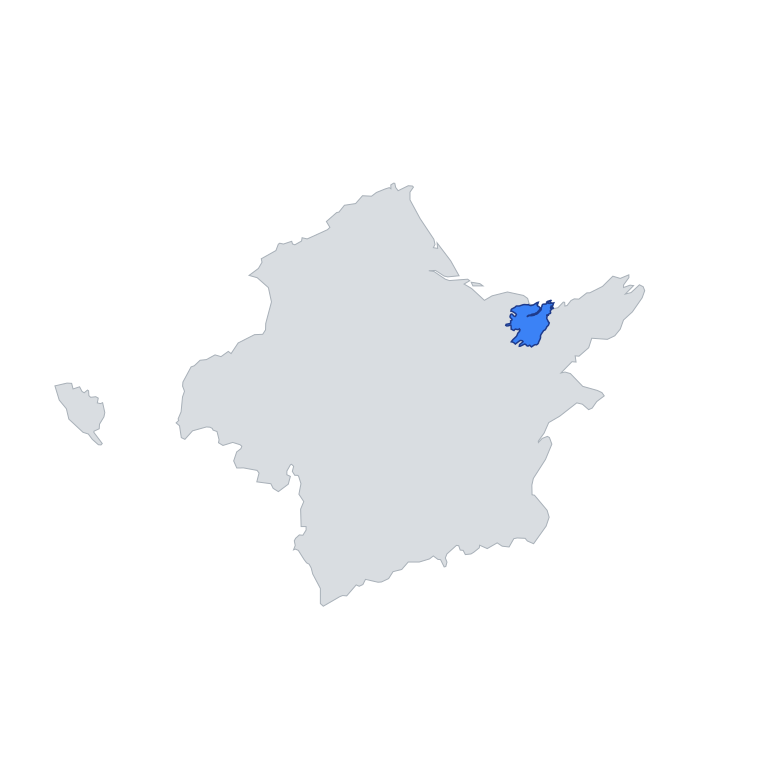 Loire-Atlantique on a map of France (Natural Earth projection), rotated 138°
{"feature_id": "FRA-5316", "entity_name": "Loire-Atlantique", "entity_type": "Metropolitan department", "adm_level": 1, "iso_a3": "FRA", "parent_name": "France", "parent_adm1": "", "projection": "natural_earth1", "projection_center": [-1.707, 47.343], "detail": "fine", "context": "in_parent", "style": "filled", "palette": "blue", "viewbox_px": 768, "rotation_deg": 138, "n_neighbors": 0, "source": "natural_earth", "source_scale": "10m", "svg_char_len": 7315}
<svg xmlns="http://www.w3.org/2000/svg" viewBox="0 0 768 768"><g transform="rotate(138 384 384)"><path d="M562.2,321.3L558.0,323.4L555.6,327.5L552.9,328.5L547.9,328.5L545.5,325.9L539.6,327.6L537.3,330.2L541.0,333.5L529.7,346.8L522.3,350.3L521.0,359.0L512.4,365.5L509.3,372.3L509.1,373.7L511.4,375.9L510.6,380.4L506.2,383.3L506.4,386.2L507.6,386.6L514.4,384.3L516.9,381.6L515.4,378.0L522.2,373.6L534.5,374.7L536.2,380.6L534.8,385.6L544.0,396.4L536.5,401.4L536.1,404.7L544.5,415.6L549.6,420.1L547.2,427.4L538.9,432.1L533.6,431.7L531.3,432.9L531.6,435.2L535.5,441.8L544.8,446.1L546.3,451.1L543.9,452.9L539.9,460.4L541.9,464.2L541.3,465.8L542.3,468.4L544.7,470.9L557.6,477.3L569.0,476.1L570.5,479.8L563.9,489.8L564.5,494.2L560.9,494.3L560.4,495.8L553.4,499.1L542.4,509.2L537.1,512.1L535.1,517.2L532.1,520.0L515.9,525.8L512.8,524.5L504.8,524.7L499.7,521.0L490.1,518.7L486.8,513.4L477.9,512.4L477.3,508.9L464.9,512.1L447.2,507.3L440.9,502.1L435.8,503.5L431.4,508.1L412.7,520.3L405.4,533.0L407.1,547.8L411.6,555.0L400.0,553.9L393.2,556.1L391.4,559.2L375.0,555.5L369.0,558.6L367.3,558.4L365.1,555.3L357.1,551.8L358.3,549.3L357.1,547.1L349.6,545.4L347.0,547.5L344.0,543.2L322.8,536.5L319.4,536.6L318.1,543.3L304.5,543.1L302.5,541.9L293.8,543.3L284.4,537.1L274.0,538.3L267.6,531.9L261.5,531.4L252.7,528.2L248.7,526.4L248.2,524.5L245.7,527.4L242.4,526.8L241.7,525.9L243.8,522.3L244.2,518.2L233.3,515.1L230.4,512.1L230.4,510.6L236.3,509.2L241.5,503.4L246.5,482.7L250.1,458.2L252.7,453.6L256.1,452.3L253.4,448.9L250.1,453.4L252.0,430.9L255.8,414.2L265.0,421.0L267.1,424.0L269.8,434.0L274.9,438.2L271.6,434.2L268.3,420.8L266.2,417.1L251.7,405.9L251.2,403.4L257.6,404.7L255.0,396.4L253.4,379.0L244.7,377.2L230.7,369.8L221.1,356.5L220.0,351.5L222.5,346.3L220.3,342.9L216.2,340.6L219.4,336.1L222.2,335.7L232.3,338.2L224.1,334.0L210.7,335.4L205.4,333.9L204.5,330.8L208.1,326.8L203.7,324.3L196.0,324.9L195.1,323.8L197.4,320.9L195.5,319.8L189.2,320.9L185.7,320.0L182.4,316.7L172.3,316.0L170.1,314.1L156.3,310.3L141.8,311.0L137.8,304.4L129.0,301.3L130.8,299.2L139.7,297.3L141.4,295.4L135.0,292.8L132.7,290.1L144.5,289.4L139.2,286.6L127.8,286.8L126.3,282.9L127.8,278.9L134.5,275.3L151.1,271.4L163.2,271.3L171.7,266.7L180.2,265.4L188.1,267.7L199.0,279.0L207.6,274.0L220.5,274.2L223.1,277.0L226.6,271.8L229.4,274.8L245.1,273.8L241.5,271.8L238.5,267.0L237.9,249.3L229.8,236.5L227.8,231.8L228.3,227.8L237.7,228.6L245.4,226.8L249.1,228.0L250.1,236.3L253.4,241.0L274.9,242.5L287.4,245.1L297.8,240.4L307.6,238.3L308.4,237.2L302.8,237.7L297.6,235.7L296.9,233.5L299.5,227.0L314.4,219.9L336.2,213.9L341.8,209.9L348.1,202.6L346.6,200.7L347.3,181.0L350.4,174.5L358.6,169.9L379.7,165.2L382.5,171.4L382.4,174.9L388.1,180.5L391.0,182.2L400.1,179.2L404.7,184.4L406.2,190.2L417.4,192.6L420.8,200.2L422.8,198.5L429.8,198.9L433.1,199.5L437.7,202.8L436.5,207.4L438.5,209.6L436.7,213.8L438.1,215.6L451.0,215.6L454.8,213.7L456.4,209.5L460.2,207.0L461.7,207.8L459.5,215.6L461.3,217.6L462.4,223.2L467.3,223.6L476.9,228.1L485.1,235.5L494.9,234.3L502.8,238.5L510.8,236.3L518.4,238.6L521.1,240.7L528.5,251.2L533.9,249.1L537.8,250.3L539.1,253.3L553.5,251.5L556.3,254.5L559.3,255.6L577.8,259.5L578.2,263.4L568.1,274.6L564.1,290.5L561.2,296.0L560.2,300.2L561.2,302.9L560.8,307.3L559.0,317.7L560.4,320.7L562.2,321.3ZM637.8,538.0L637.2,544.7L640.0,549.5L641.7,568.8L636.6,578.1L636.1,589.4L629.8,602.8L619.0,596.8L615.7,593.5L618.4,588.4L612.1,585.6L613.4,580.6L612.7,578.1L608.4,577.9L608.1,576.6L611.1,572.8L610.9,570.4L606.7,567.4L605.8,564.7L609.7,561.8L607.8,559.1L605.6,558.4L610.6,549.6L614.1,547.0L622.3,544.5L625.6,541.3L631.1,543.0L632.0,542.2L633.2,528.3L635.1,528.1L636.9,530.0L637.8,538.0ZM252.3,397.4L251.1,401.3L245.6,394.5L244.8,390.7L252.3,397.4Z" fill="#d9dde1" stroke="#a8b0b8" stroke-width="1"/><path d="M223.5,346.4L223.4,345.6L223.0,344.8L222.7,344.3L222.1,343.8L220.0,342.8L215.9,342.1L214.7,341.5L215.1,341.3L215.5,341.0L215.9,340.7L217.1,340.6L217.3,340.4L217.4,340.0L217.6,339.4L217.6,338.8L217.2,338.1L217.1,337.4L217.1,336.9L217.3,336.3L217.5,335.8L217.8,335.4L218.7,335.1L221.9,334.8L222.2,334.6L222.4,334.5L222.7,334.5L223.0,334.8L223.2,335.0L225.0,335.4L225.6,335.4L225.3,335.1L225.7,335.1L226.1,335.2L226.5,335.4L226.8,335.7L226.0,335.7L226.0,336.0L227.5,336.9L229.0,337.2L229.3,337.4L230.1,338.1L230.9,338.4L232.8,338.5L232.1,338.1L230.7,337.8L230.0,337.4L229.0,336.3L227.7,335.4L226.5,334.7L225.8,334.5L225.0,334.5L224.7,334.4L224.2,333.9L222.8,333.6L218.0,333.9L216.8,334.5L216.6,334.8L216.5,335.1L216.3,335.4L215.9,335.7L214.8,335.9L214.0,336.6L213.3,336.9L212.7,336.9L212.0,336.6L211.5,336.2L210.6,335.4L210.1,335.1L209.5,335.0L209.1,335.0L208.9,335.1L208.6,335.3L208.5,335.6L208.4,335.9L208.4,336.0L207.3,336.0L204.0,334.5L204.0,334.2L204.9,334.3L206.4,334.9L207.2,334.8L207.8,334.1L207.5,333.5L206.8,332.9L206.2,332.3L205.8,332.5L205.7,332.6L205.9,332.9L205.9,333.1L205.7,333.5L205.4,332.2L205.0,331.5L203.6,330.7L206.4,329.3L206.7,329.3L207.1,329.4L207.7,329.5L207.6,329.8L207.4,329.9L207.7,330.1L208.0,329.8L209.3,329.2L209.4,328.9L208.8,328.8L208.0,328.8L207.4,328.6L207.7,328.0L207.1,327.6L206.9,327.6L207.0,327.6L207.2,327.2L207.5,327.1L207.9,327.0L208.3,327.2L208.6,327.4L208.9,327.5L209.3,327.5L209.9,327.3L210.3,327.3L210.6,327.3L211.0,327.3L211.4,327.1L211.9,326.5L212.2,326.1L212.4,325.7L212.5,325.5L212.5,325.4L212.9,325.2L213.3,325.2L213.5,325.3L213.8,325.5L214.0,325.6L214.3,325.7L214.7,325.6L215.2,325.5L215.8,325.1L216.1,325.2L216.2,325.3L216.2,325.7L216.2,325.9L216.2,326.0L216.4,326.2L216.6,326.3L216.9,326.3L217.1,326.1L217.4,325.7L217.5,325.3L217.7,324.9L218.2,324.6L218.5,324.5L219.0,324.1L219.3,323.6L219.8,321.6L220.0,321.0L220.1,320.8L220.2,320.6L220.1,320.4L220.2,320.1L220.3,319.9L220.2,319.7L220.3,318.8L221.5,318.2L222.0,317.9L222.4,317.7L223.5,317.6L224.7,317.6L225.4,317.2L227.9,316.4L229.0,316.7L229.7,316.9L230.0,316.8L234.3,315.7L235.3,315.2L235.9,314.7L236.0,314.4L236.3,314.1L236.5,313.9L236.8,313.6L237.6,313.1L241.2,311.6L241.8,311.1L242.2,311.0L243.2,310.9L244.0,311.0L244.4,311.1L244.7,311.3L244.9,311.6L245.1,311.9L245.6,312.2L246.1,312.4L249.6,312.9L249.7,313.6L249.7,315.0L250.0,315.5L251.0,315.6L251.6,315.9L251.9,316.2L252.1,316.5L252.3,317.2L252.2,318.5L252.5,319.1L252.9,319.6L257.4,320.9L258.2,321.5L257.3,322.3L256.4,322.6L252.8,322.3L252.2,322.6L252.3,323.6L253.1,324.7L253.9,325.3L259.7,325.8L259.7,326.9L260.0,328.2L260.5,329.4L261.2,330.2L261.0,330.3L260.9,330.3L260.7,330.3L260.4,330.4L260.2,330.4L259.9,330.5L259.7,330.5L259.4,330.5L259.2,330.6L258.9,330.6L258.7,330.7L253.9,330.8L252.7,331.1L250.6,332.2L249.9,332.3L248.4,332.4L247.7,332.6L247.6,332.8L247.4,332.9L247.3,333.0L247.2,333.0L246.9,333.2L246.9,333.3L246.7,333.3L246.5,334.4L247.9,334.6L249.7,336.9L250.6,337.0L251.6,336.8L252.0,337.5L252.3,338.7L252.8,339.6L250.8,342.0L250.4,343.0L252.9,344.2L254.0,345.1L254.3,346.1L253.3,346.6L250.4,344.9L249.0,344.5L248.2,345.5L247.7,346.2L246.4,345.9L245.7,346.3L245.5,346.9L245.7,348.6L245.6,349.1L245.4,349.5L245.1,349.9L243.5,350.8L242.9,350.9L242.3,350.6L242.0,350.0L242.0,347.5L241.7,346.8L241.4,346.4L240.9,346.4L239.2,347.0L239.0,348.3L239.5,350.4L240.2,352.4L240.9,353.2L240.7,353.3L240.2,353.9L239.1,354.3L235.5,353.4L233.6,353.4L233.1,353.1L231.2,351.4L227.5,349.8L226.4,349.0L224.3,346.8L223.5,346.4Z" fill="#3b82f6" stroke="#1e3a8a" stroke-width="1.5"/></g></svg>